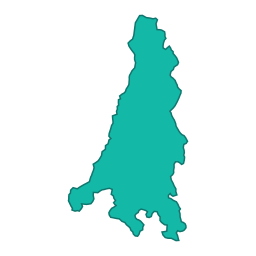 Brejetuba, Espírito Santo, Brazil (Albers equal-area conic projection)
{"feature_id": "56859067B87689209287898", "entity_name": "Brejetuba", "entity_type": "district", "adm_level": 2, "iso_a3": "BRA", "parent_name": "Brazil", "parent_adm1": "Espírito Santo", "projection": "albers", "projection_center": [-41.297, -20.107], "detail": "fine", "context": "isolated", "style": "filled", "palette": "teal", "viewbox_px": 256, "rotation_deg": 0, "n_neighbors": 0, "source": "geoboundaries", "source_scale": "gbopen_adm2", "svg_char_len": 3434}
<svg xmlns="http://www.w3.org/2000/svg" viewBox="0 0 256 256"><path d="M142.4,15.4L139.6,15.6L135.4,22.8L133.8,35.3L132.5,39.2L130.3,40.8L128.1,43.1L129.0,46.2L131.3,49.7L134.1,53.3L134.9,55.1L134.6,57.1L134.6,59.5L135.6,62.7L135.2,65.0L134.7,67.8L132.0,70.8L130.6,73.6L129.6,75.3L129.2,77.1L129.3,79.1L128.9,84.5L128.0,86.3L126.2,89.1L125.4,91.6L124.0,93.1L122.2,94.0L119.6,96.0L120.5,98.8L118.5,99.7L118.4,102.6L118.6,105.2L117.2,106.5L117.4,109.2L116.5,111.2L117.0,114.2L112.5,115.9L112.6,118.0L113.0,121.2L113.0,123.3L111.6,125.4L110.9,128.2L110.1,130.7L109.2,133.4L108.9,136.2L110.9,138.6L109.0,139.9L108.1,143.8L105.5,145.6L105.4,149.3L102.1,151.7L101.5,155.6L99.5,159.0L98.2,160.8L95.5,162.8L93.2,164.2L94.1,167.6L93.4,170.5L92.3,173.1L91.7,175.2L90.7,177.1L89.4,181.7L86.0,183.6L84.0,184.6L79.5,187.2L77.3,188.8L73.1,187.7L70.7,190.1L70.4,193.2L69.0,194.6L68.8,196.5L68.8,198.7L68.5,200.8L70.0,203.9L71.2,206.4L72.4,208.2L72.0,210.0L75.0,211.1L77.5,210.6L79.3,211.1L81.4,208.6L82.5,206.5L81.6,203.9L86.6,204.4L88.6,204.1L90.9,203.7L92.7,201.5L93.9,198.9L93.2,195.2L93.4,192.4L95.8,192.5L97.8,192.7L99.9,191.1L101.9,189.9L104.1,189.5L106.6,188.8L109.5,188.3L112.2,189.4L111.9,191.2L111.2,194.3L113.3,195.8L114.0,198.5L115.5,200.5L113.6,202.7L114.7,204.3L116.1,205.5L113.8,207.2L111.6,208.4L109.9,210.8L108.9,212.7L109.2,214.9L110.7,217.3L112.9,217.7L116.6,218.5L119.4,218.9L121.9,221.3L124.9,222.5L126.4,224.7L128.6,226.5L130.0,227.8L131.0,230.4L132.7,231.8L133.4,234.1L135.2,235.9L137.6,236.2L139.0,234.3L140.0,231.2L142.7,229.8L142.8,226.9L143.9,224.9L142.3,223.0L140.6,221.1L138.7,219.9L137.0,219.4L135.5,217.8L134.9,215.5L136.3,213.6L138.2,212.5L139.0,210.4L141.1,209.1L143.5,209.7L146.0,210.6L147.5,211.8L146.0,214.4L146.9,217.0L149.2,217.5L151.3,216.5L152.2,213.5L154.2,211.4L157.1,211.7L158.2,214.6L160.1,216.9L160.0,220.4L161.4,222.3L164.5,224.7L167.2,225.1L167.0,227.6L166.8,231.1L164.6,231.6L162.0,232.0L163.0,235.0L165.2,237.5L167.9,238.2L171.4,238.3L173.8,239.5L176.0,240.6L178.8,240.4L178.2,238.4L177.5,235.5L176.3,232.9L177.6,230.7L179.9,231.6L182.7,231.0L184.3,230.0L186.0,227.8L185.9,225.7L185.1,223.8L183.4,222.5L181.3,221.7L180.9,219.7L180.1,216.9L180.0,213.7L179.1,210.8L180.4,208.9L178.9,206.7L178.0,204.4L176.4,201.8L173.2,200.3L170.9,198.6L168.5,197.8L168.4,195.3L170.2,193.5L171.3,195.2L173.0,196.2L175.1,195.5L176.9,194.9L175.8,191.5L175.9,188.9L174.2,186.0L173.0,183.1L171.3,180.0L170.6,176.5L172.6,174.7L173.7,172.8L173.6,170.2L174.1,167.5L174.0,164.3L175.5,161.8L178.1,161.8L180.0,163.0L181.6,164.4L183.5,163.4L184.3,160.0L184.6,157.1L183.7,155.2L184.3,152.8L184.1,150.4L183.3,147.7L183.8,144.4L186.1,143.4L187.5,141.3L185.6,137.7L184.0,135.6L182.3,134.9L180.5,133.3L179.1,131.4L177.3,128.3L176.1,126.2L175.6,123.4L174.3,120.1L173.0,118.0L171.6,115.3L171.0,112.8L169.9,111.2L171.7,109.5L173.4,107.8L175.1,105.6L177.1,101.9L178.9,98.0L180.0,95.1L180.9,93.2L181.1,90.6L179.2,89.0L177.6,87.1L177.2,85.0L176.1,82.9L175.1,80.4L172.9,78.1L171.1,76.9L170.1,75.1L171.0,71.5L173.4,69.4L174.0,67.2L175.6,66.0L177.6,64.7L178.5,62.3L177.4,59.6L176.6,57.8L174.7,55.3L173.1,53.5L173.1,51.6L171.3,50.0L170.6,48.0L169.3,46.1L167.5,47.6L165.6,49.4L163.2,48.0L163.0,46.1L163.5,42.8L164.6,39.8L165.9,38.5L164.9,36.4L165.0,34.2L164.6,31.8L161.7,30.1L159.9,29.7L157.0,29.6L156.6,27.0L156.0,23.7L157.4,19.8L155.7,18.2L153.0,18.8L150.1,18.1L146.3,17.6L142.4,15.4Z" fill="#14b8a6" stroke="#0f766e" stroke-width="1.5"/></svg>